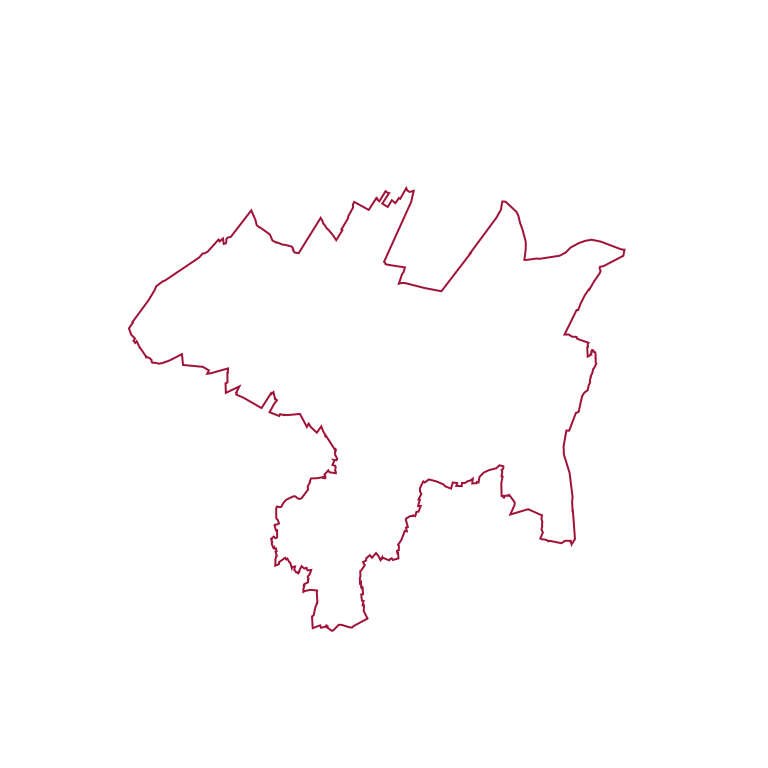 the district of Leeuwarden, Friesland, Netherlands, rotated 303°
{"feature_id": "6326949B93347001607369", "entity_name": "Leeuwarden", "entity_type": "district", "adm_level": 2, "iso_a3": "NLD", "parent_name": "Netherlands", "parent_adm1": "Friesland", "projection": "natural_earth1", "projection_center": [5.791, 53.17], "detail": "fine", "context": "isolated", "style": "outline", "palette": "rose", "viewbox_px": 768, "rotation_deg": 303, "n_neighbors": 0, "source": "geoboundaries", "source_scale": "gbopen_adm2", "svg_char_len": 6154}
<svg xmlns="http://www.w3.org/2000/svg" viewBox="0 0 768 768"><g transform="rotate(303 384 384)"><path d="M512.6,551.5L516.9,550.9L517.5,549.6L520.9,547.6L521.0,547.0L523.1,546.1L525.6,543.9L525.2,543.1L525.6,542.3L525.2,542.0L526.2,540.7L525.8,540.0L524.1,540.2L522.1,541.5L522.2,541.0L519.5,541.0L517.9,539.9L524.7,535.0L526.1,534.3L526.3,534.7L528.5,533.1L530.0,533.1L527.3,522.2L527.3,521.0L528.2,520.2L528.2,519.5L526.1,515.9L526.1,512.0L523.8,508.5L550.4,505.3L551.0,505.3L551.8,506.6L558.5,505.1L567.9,504.1L575.2,504.3L575.1,504.8L584.7,504.3L594.2,504.6L596.6,504.2L598.5,501.8L599.9,501.3L602.4,503.9L621.9,514.9L627.6,512.5L626.6,510.9L625.5,506.8L621.5,488.3L618.1,479.6L613.9,475.0L608.5,470.8L600.1,466.2L593.3,464.8L587.2,461.4L573.6,446.2L572.4,443.7L565.3,435.5L564.6,434.1L574.3,429.4L580.5,425.4L588.9,416.1L593.1,410.5L598.3,405.0L600.5,401.5L603.1,386.7L601.5,383.8L593.9,387.1L585.0,387.7L540.4,385.0L540.6,385.4L493.6,381.7L493.0,381.5L486.6,365.8L480.2,346.9L478.5,344.0L476.2,341.8L486.1,339.3L488.2,339.5L493.2,338.1L486.1,322.3L485.4,319.8L486.4,318.8L486.5,317.5L551.6,307.6L562.2,303.7L559.0,300.9L559.0,298.0L560.4,296.0L548.1,296.7L548.1,295.2L541.9,295.0L542.4,290.5L534.5,290.7L534.4,284.3L546.9,284.3L546.4,282.8L546.6,280.3L534.7,280.6L535.1,277.4L536.0,277.3L536.0,276.3L521.7,276.4L520.5,259.9L517.4,260.2L514.9,262.0L505.5,262.6L503.2,263.6L490.4,264.1L490.4,265.3L478.6,265.6L480.9,260.3L483.2,253.1L483.1,252.0L485.3,246.9L485.4,245.7L487.1,243.8L488.8,240.4L447.3,241.2L445.6,237.6L446.2,235.8L447.4,234.7L447.1,234.3L448.8,233.0L448.9,231.6L446.9,225.3L445.7,223.2L444.4,216.8L443.9,216.7L443.6,212.3L447.2,206.9L447.8,196.1L447.5,192.9L447.9,190.7L451.6,186.8L457.3,178.1L425.1,175.5L423.9,175.3L421.8,173.3L419.9,172.8L416.9,174.5L415.5,174.6L414.2,173.3L418.3,169.7L414.1,168.5L415.0,166.6L398.8,164.0L395.9,162.4L394.7,160.8L389.4,160.1L351.1,143.8L349.7,142.6L341.8,139.7L337.9,140.5L325.7,140.9L299.0,139.3L298.8,140.0L291.7,139.8L287.6,145.3L286.7,149.9L286.1,150.2L287.1,150.6L283.9,150.3L282.9,153.0L285.2,153.3L281.4,159.4L281.6,159.6L277.6,169.0L277.7,169.6L276.8,170.0L277.9,171.9L277.9,174.2L277.6,175.9L276.1,177.0L275.7,178.2L277.2,180.6L278.4,184.0L280.6,186.5L286.7,191.2L299.0,198.3L290.5,205.1L299.7,222.7L300.1,229.8L296.3,230.1L298.8,233.0L312.1,244.7L308.7,246.8L308.3,246.4L300.0,251.9L298.3,250.7L290.4,256.2L303.2,264.0L296.3,264.7L296.5,265.2L294.7,265.9L296.0,274.0L297.1,294.4L314.7,294.3L314.3,295.0L317.0,295.7L312.1,300.8L312.6,301.0L312.0,302.0L312.1,303.1L307.2,302.7L298.0,303.4L300.1,313.5L302.1,313.3L303.6,317.4L304.0,317.3L305.3,319.9L313.1,329.8L306.0,342.7L309.7,342.4L308.0,346.2L306.6,354.2L314.3,354.5L311.3,358.6L309.4,362.4L308.3,362.9L308.2,363.2L309.1,363.2L302.3,378.4L303.0,378.6L302.7,379.5L301.5,379.9L301.3,379.4L298.0,381.6L295.8,385.5L294.2,385.7L292.9,383.0L292.7,384.0L288.0,384.9L288.8,387.4L288.2,388.6L284.7,390.2L284.0,391.5L282.9,392.2L280.3,386.4L281.2,384.3L275.6,383.4L274.6,385.2L273.0,386.0L272.0,384.3L272.9,383.8L268.4,379.0L265.0,374.2L262.0,374.8L261.5,375.5L256.5,375.8L254.1,377.8L243.4,377.1L241.5,375.7L241.1,374.3L241.4,370.8L240.6,369.3L233.6,365.0L229.7,364.4L224.9,364.7L223.8,363.5L223.0,361.0L220.8,361.4L213.1,366.5L212.4,367.5L212.1,369.0L209.9,371.9L207.9,370.8L206.5,369.1L205.8,369.1L202.3,373.2L203.1,374.0L197.2,377.9L195.8,377.3L195.5,376.5L196.0,374.6L192.5,373.7L192.2,374.8L191.0,375.2L190.5,376.5L188.9,376.7L186.5,380.2L186.3,380.6L187.4,380.8L186.4,382.0L187.3,383.0L185.3,385.0L184.4,384.3L181.4,387.8L180.6,387.4L177.9,388.4L172.4,391.8L175.9,394.0L177.4,393.0L184.4,395.8L183.6,397.5L184.9,398.0L182.9,401.9L183.1,402.7L179.5,406.9L180.4,406.6L182.5,408.8L179.4,409.8L178.2,413.1L178.7,413.8L178.5,415.0L179.6,414.7L179.9,415.4L182.1,414.5L186.3,414.1L185.8,417.7L187.7,419.2L186.4,420.4L186.2,421.6L188.4,424.2L183.9,425.3L181.0,424.9L179.4,426.4L179.3,427.0L178.0,427.1L176.4,428.3L172.5,426.1L171.2,426.4L171.3,427.2L167.9,428.1L167.0,429.4L166.6,429.1L165.8,429.6L167.2,430.3L171.3,434.4L174.4,440.4L172.0,441.5L165.1,446.7L163.4,447.1L163.5,447.4L159.7,447.9L151.6,451.0L149.9,450.2L140.4,457.2L146.8,461.9L145.3,464.0L148.5,467.0L150.2,467.1L150.1,468.7L148.8,468.8L148.6,474.7L149.7,475.6L157.4,477.2L158.9,479.6L161.2,487.7L162.5,490.0L164.2,490.2L178.3,497.9L182.5,490.7L187.5,487.7L186.8,486.6L190.9,485.1L190.3,483.5L195.1,479.5L196.3,480.9L201.5,477.0L200.8,476.6L201.7,475.9L201.2,475.5L205.3,472.6L203.9,472.3L207.8,469.6L210.0,468.9L214.1,466.0L215.2,466.4L221.5,466.6L223.2,463.4L226.2,465.1L228.2,464.0L232.8,465.4L231.7,468.5L237.9,469.4L236.5,473.4L234.4,477.0L237.7,476.9L237.1,477.5L237.6,477.5L239.0,484.5L240.2,484.4L242.0,485.4L241.2,487.2L245.6,491.1L249.9,487.9L249.3,487.5L251.2,485.7L252.6,487.0L256.4,484.6L256.8,483.4L262.5,483.5L272.2,481.5L272.9,483.4L275.6,480.7L277.0,481.9L282.2,476.1L283.2,475.8L287.4,477.9L289.3,480.4L289.8,480.2L290.2,482.2L294.5,480.8L295.7,482.5L301.7,481.2L300.2,479.1L306.4,477.1L305.9,475.9L312.1,475.1L313.6,472.7L316.2,470.9L323.7,470.0L323.7,471.9L328.4,473.6L330.9,481.2L332.2,488.7L331.5,491.1L332.8,497.2L338.9,495.3L340.8,499.4L337.9,500.1L340.7,504.8L343.5,503.3L344.9,505.7L348.0,507.1L350.1,509.0L352.9,510.0L348.6,512.2L351.3,515.7L352.4,515.3L352.9,516.9L358.1,514.7L364.1,515.9L369.1,519.1L374.5,524.1L378.7,525.1L380.0,528.9L378.5,529.9L377.0,530.0L376.0,529.4L374.6,531.1L370.5,532.9L370.9,533.9L364.5,536.5L354.2,543.6L355.2,545.0L353.9,545.9L354.0,546.5L356.3,546.5L357.4,548.2L358.9,549.1L358.2,549.6L358.8,550.5L356.0,558.0L353.6,559.4L343.3,561.0L357.5,573.1L359.8,587.8L360.8,587.7L357.0,589.3L354.5,592.0L352.2,593.0L350.9,594.2L347.7,595.3L346.0,598.1L339.5,599.3L340.0,601.5L341.5,604.4L341.8,606.6L341.5,607.5L342.8,608.5L347.1,619.5L351.2,621.3L354.2,626.1L352.7,626.9L352.8,627.9L351.8,628.7L358.0,628.6L380.5,611.5L380.2,611.3L388.0,605.7L391.8,603.8L410.7,587.9L422.9,573.2L429.9,568.4L444.3,562.3L445.7,564.7L464.1,560.7L466.6,562.4L481.6,556.8L485.8,556.7L489.8,558.2L494.3,556.4L497.6,556.0L499.4,554.5L502.6,553.7L502.9,553.1L506.9,552.7L510.3,551.3L512.6,551.5Z" fill="none" stroke="#9f1239" stroke-width="2"/></g></svg>